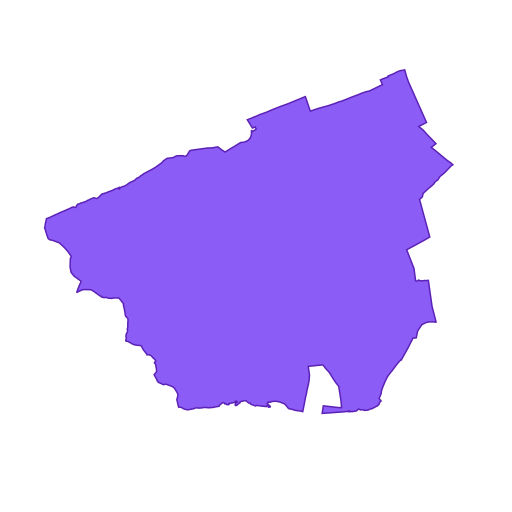 Dumesti, Vaslui, Romania, rotated 83°
{"feature_id": "2599482B81898841183447", "entity_name": "Dumesti", "entity_type": "district", "adm_level": 2, "iso_a3": "ROU", "parent_name": "Romania", "parent_adm1": "Vaslui", "projection": "albers", "projection_center": [27.317, 46.829], "detail": "fine", "context": "isolated", "style": "filled", "palette": "violet", "viewbox_px": 512, "rotation_deg": 83, "n_neighbors": 0, "source": "geoboundaries", "source_scale": "gbopen_adm2", "svg_char_len": 6089}
<svg xmlns="http://www.w3.org/2000/svg" viewBox="0 0 512 512"><g transform="rotate(83 256 256)"><path d="M270.6,438.5L270.2,438.0L268.8,433.8L268.3,432.0L268.5,429.8L269.4,423.8L271.4,421.3L276.5,415.8L277.1,414.8L277.3,414.1L277.8,414.3L278.8,412.0L278.8,409.9L279.8,407.9L280.5,404.6L280.3,403.5L280.4,402.4L280.5,399.9L280.9,398.3L281.0,397.2L281.3,396.9L282.9,396.0L283.6,395.5L285.4,394.5L286.2,393.9L287.1,393.5L288.2,393.5L289.2,393.6L291.7,393.2L294.0,393.1L296.4,392.9L298.4,393.0L299.6,392.8L300.4,392.4L302.2,390.9L302.7,390.8L304.5,390.9L306.2,391.3L309.7,391.8L310.8,391.8L313.1,392.8L314.0,392.5L314.9,392.6L316.2,393.2L317.7,394.3L318.9,394.7L320.9,394.9L321.8,394.8L322.5,394.9L323.9,395.6L324.4,395.5L324.8,395.1L325.2,393.5L328.4,389.2L329.3,387.5L330.0,385.3L330.9,381.2L331.2,380.9L335.2,379.3L340.1,376.4L340.8,376.3L340.9,375.0L341.2,373.9L341.8,372.7L342.8,371.7L344.5,370.7L345.6,369.6L347.6,368.3L348.0,368.2L348.4,368.6L348.9,369.4L349.4,369.8L349.9,369.8L351.3,368.8L351.9,368.7L353.3,368.8L355.8,368.6L358.1,368.7L359.0,369.1L361.4,371.6L366.4,369.6L367.5,369.4L368.9,368.7L369.6,368.2L370.6,366.4L371.5,365.0L372.3,364.0L372.4,363.1L372.2,361.1L374.4,356.8L375.9,354.2L377.9,352.7L382.8,350.6L383.7,350.4L385.0,350.5L388.9,352.1L396.2,351.3L396.7,351.1L396.8,349.8L397.1,348.9L397.5,348.1L398.5,347.0L399.3,345.4L399.9,344.1L400.4,342.3L399.9,335.9L399.5,334.9L399.4,333.6L399.8,332.2L400.0,331.0L400.2,327.6L399.9,326.4L400.4,324.1L400.3,323.4L400.7,322.6L400.9,321.3L401.1,316.8L400.8,314.6L400.7,311.0L400.2,310.8L398.9,309.4L398.1,307.8L397.6,307.0L397.5,306.5L397.6,306.0L398.4,305.2L399.0,304.9L398.8,304.4L398.8,303.9L399.8,303.4L400.0,302.7L400.2,301.6L400.1,301.0L399.2,301.0L398.7,294.8L398.7,294.0L398.3,293.6L397.7,294.0L397.6,293.1L398.3,292.4L399.8,294.1L400.3,294.5L401.2,294.8L401.8,294.7L402.0,294.3L402.0,293.5L400.4,291.1L400.0,290.9L399.9,289.9L399.1,289.6L398.7,289.2L398.5,288.4L398.5,286.9L398.2,285.5L398.3,284.4L398.8,283.2L400.0,282.1L401.1,281.0L401.2,280.5L401.2,280.0L401.8,279.5L402.5,279.2L402.9,278.6L403.8,276.5L404.8,275.0L404.8,274.6L404.4,273.4L405.8,268.2L406.7,264.1L406.3,263.9L406.0,263.6L406.0,263.0L406.5,262.6L407.4,262.2L407.7,261.8L407.7,261.3L407.6,260.4L407.2,260.1L406.6,260.5L404.3,262.3L404.0,262.8L403.6,263.0L403.4,262.8L403.0,261.9L402.5,261.7L402.6,261.1L402.8,260.2L402.9,259.3L402.7,259.0L402.4,258.9L402.4,256.6L402.5,254.7L402.9,252.9L403.6,250.7L405.9,246.2L407.5,244.7L410.9,242.6L411.6,241.9L412.8,238.3L413.6,236.8L414.5,234.1L415.3,230.8L416.2,228.6L408.4,226.0L402.4,224.1L397.8,222.4L395.1,221.6L389.7,219.6L385.8,218.4L380.6,217.4L371.9,217.6L372.2,203.0L373.3,202.2L376.1,200.6L380.4,197.5L389.0,193.5L392.3,191.7L395.3,189.8L409.3,189.3L416.9,189.5L416.6,192.1L412.9,207.4L420.3,209.5L421.4,187.2L421.4,183.5L421.8,183.4L421.9,182.4L421.2,182.4L421.5,181.5L422.0,181.1L422.3,179.0L421.9,177.1L422.2,176.3L422.0,175.5L421.8,174.7L421.3,174.3L421.0,173.7L420.5,173.3L420.6,172.1L421.5,171.3L421.4,169.8L421.9,168.3L422.3,167.6L422.6,165.4L422.5,163.2L421.7,160.9L421.8,160.0L421.6,159.7L421.6,158.9L421.3,158.6L420.9,157.5L420.7,156.5L420.3,156.1L420.1,155.7L419.9,154.6L419.6,153.7L419.3,153.3L418.7,153.0L418.7,152.6L418.2,152.0L417.6,151.6L417.1,151.7L416.7,151.2L416.0,150.8L415.1,149.5L412.6,151.1L411.6,150.9L411.1,150.4L408.1,148.7L404.6,147.7L400.7,145.7L395.2,142.5L391.7,140.1L389.4,138.0L386.1,134.6L381.1,129.8L378.7,127.3L376.6,124.8L376.9,124.5L376.1,123.9L367.0,117.2L356.5,110.1L356.8,108.7L356.7,106.9L350.3,104.8L344.3,99.7L344.2,99.2L342.8,95.4L342.5,93.1L342.7,90.4L343.2,87.2L343.6,85.6L343.5,85.3L327.6,87.4L301.2,87.9L301.1,89.0L301.2,90.3L300.8,91.6L301.0,92.8L301.0,93.6L300.7,94.5L300.8,95.5L300.6,96.2L299.8,97.3L299.7,97.6L299.8,97.9L300.4,98.7L300.5,99.3L300.1,100.6L287.6,100.7L268.2,105.7L260.7,86.7L258.3,81.2L219.8,86.8L217.9,84.0L216.9,83.4L214.4,82.6L213.9,82.0L209.8,76.3L208.7,74.4L206.3,71.0L204.0,68.9L202.6,66.2L199.5,63.7L196.9,59.5L194.9,56.9L190.4,51.4L189.4,49.5L187.5,51.1L184.2,54.8L172.2,66.1L169.6,68.8L166.4,63.7L155.4,72.0L151.3,74.8L147.3,78.7L144.2,70.5L102.0,83.4L96.2,84.7L89.4,85.7L89.6,89.9L90.1,92.4L91.1,95.4L91.6,96.3L92.1,98.0L93.4,102.9L94.2,102.8L95.0,105.8L95.8,109.2L96.4,111.1L101.3,109.6L106.0,123.3L106.4,127.0L107.6,132.6L108.0,133.6L110.0,141.9L111.7,148.1L112.7,152.1L112.8,153.0L113.1,154.8L114.4,160.0L115.6,166.0L117.1,176.2L118.8,184.2L118.1,184.6L103.8,187.6L108.9,206.2L110.4,212.9L112.5,221.1L114.1,226.6L114.3,227.1L115.8,233.5L116.0,234.9L116.9,237.4L119.7,248.0L128.4,244.0L128.6,243.8L128.5,243.3L127.8,241.1L130.1,240.3L132.1,244.4L131.0,244.9L131.2,245.3L133.0,245.4L134.9,245.8L136.3,246.3L137.7,247.1L138.8,248.0L140.2,249.7L141.0,251.6L141.6,254.0L141.5,257.4L149.0,274.0L146.3,277.3L143.1,280.5L143.1,282.7L143.3,286.4L143.2,288.4L142.9,290.7L143.1,305.7L143.2,307.9L143.6,309.1L147.7,312.3L148.1,313.1L148.4,313.9L148.2,315.0L147.5,316.3L147.3,318.1L146.9,322.5L147.1,323.3L148.1,326.0L148.3,327.1L148.2,332.3L150.3,336.4L151.1,337.1L152.0,338.3L155.8,345.1L157.9,350.1L158.8,352.6L160.9,358.0L161.8,358.9L161.9,360.0L163.5,362.3L164.3,364.8L165.4,366.3L166.3,367.7L167.8,372.6L169.4,375.3L170.3,377.2L170.7,378.7L171.3,381.7L172.1,382.8L172.9,383.4L172.7,383.8L171.3,383.6L171.7,384.7L172.3,387.7L173.3,390.3L174.4,395.0L175.2,397.5L175.2,398.6L175.6,399.3L175.4,400.4L175.9,401.6L176.5,402.3L176.7,403.0L177.6,403.6L178.9,405.6L179.5,406.9L179.5,407.6L178.8,408.8L178.4,409.9L179.5,413.9L180.0,415.0L180.3,416.6L181.4,418.6L181.4,419.7L182.0,422.3L182.0,423.2L182.5,424.5L182.8,425.8L182.9,426.8L184.5,428.2L185.3,428.4L185.6,428.7L185.8,429.2L185.5,430.3L185.0,431.2L185.4,433.2L186.0,434.7L189.3,446.0L190.0,447.8L190.6,450.1L192.5,455.7L193.2,458.6L193.6,459.6L194.2,459.6L197.5,460.9L201.4,462.0L202.4,462.5L203.2,462.1L208.2,461.3L212.9,460.3L213.5,460.0L214.6,459.0L215.8,455.7L219.0,449.6L224.2,445.2L228.4,442.3L233.9,439.4L236.0,440.6L244.3,441.9L249.8,441.5L253.7,439.1L259.5,432.9L260.4,432.9L263.9,435.1L267.9,437.2L270.6,438.5Z" fill="#8b5cf6" stroke="#5b21b6" stroke-width="1.5"/></g></svg>